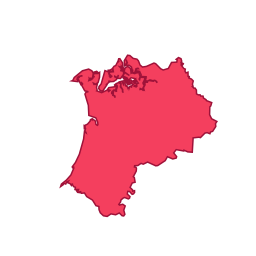 outline of Marcovia, Choluteca, Honduras, rotated 33°
{"feature_id": "27666195B6766243724539", "entity_name": "Marcovia", "entity_type": "district", "adm_level": 2, "iso_a3": "HND", "parent_name": "Honduras", "parent_adm1": "Choluteca", "projection": "albers", "projection_center": [-87.416, 13.249], "detail": "fine", "context": "isolated", "style": "filled", "palette": "rose", "viewbox_px": 256, "rotation_deg": 33, "n_neighbors": 0, "source": "geoboundaries", "source_scale": "gbopen_adm2", "svg_char_len": 5657}
<svg xmlns="http://www.w3.org/2000/svg" viewBox="0 0 256 256"><g transform="rotate(33 128 128)"><path d="M134.7,41.0L132.0,41.4L131.0,44.2L132.2,44.1L133.0,46.2L128.8,49.3L129.4,56.1L125.9,60.2L123.1,60.5L116.2,59.0L114.4,59.4L109.9,66.3L106.9,69.0L103.8,68.6L100.2,66.0L98.0,65.4L94.4,66.8L90.1,66.2L88.0,67.2L88.2,73.5L91.2,78.0L92.2,76.7L91.4,75.5L91.7,74.0L89.1,71.6L92.0,73.7L91.6,75.4L92.2,76.2L94.7,74.8L97.6,74.9L100.0,77.1L101.0,76.7L100.1,77.6L101.8,78.9L103.5,77.5L102.4,73.9L103.8,72.4L104.5,72.6L102.9,73.9L103.8,76.6L105.1,74.8L106.7,74.4L106.4,73.9L110.1,76.2L110.8,77.7L115.2,75.2L115.4,76.0L116.6,76.1L115.9,76.3L116.4,78.1L117.4,78.4L117.9,79.1L116.8,78.5L116.6,79.6L117.9,79.4L120.2,75.7L123.7,74.6L123.8,73.9L124.6,73.4L126.7,73.4L127.8,74.3L125.7,73.4L124.1,73.8L123.8,75.0L119.6,76.8L118.9,78.2L119.7,79.7L118.9,78.6L118.0,80.2L116.4,80.0L118.8,82.5L119.1,85.9L120.7,87.3L120.2,88.2L118.3,88.0L117.1,89.1L116.7,88.2L120.5,87.5L118.8,86.5L118.3,82.8L117.7,82.5L116.7,83.4L117.3,82.3L116.0,82.1L115.6,78.1L114.5,76.6L110.9,78.6L111.0,80.5L112.0,81.7L110.7,80.9L110.3,78.4L106.7,75.5L105.4,76.4L105.7,77.7L105.3,76.6L104.1,78.7L101.1,79.7L100.8,80.4L97.7,76.7L94.2,76.5L92.9,79.2L94.0,82.9L100.6,83.2L95.2,83.3L95.2,87.2L100.0,86.5L102.4,87.8L103.2,84.2L107.5,82.5L108.3,83.2L108.8,86.5L109.8,85.8L109.8,83.8L112.3,84.8L111.2,86.7L112.7,88.0L112.4,89.2L110.5,89.2L110.4,90.4L110.4,89.0L112.1,88.0L110.3,85.9L109.3,86.9L108.0,86.6L107.5,83.6L106.4,86.5L104.5,86.1L103.7,87.0L104.0,89.2L105.9,87.3L107.5,88.8L108.8,88.5L108.1,91.2L109.1,92.3L107.5,91.2L106.8,92.2L107.3,94.2L106.6,93.5L106.3,94.7L105.4,93.8L102.7,93.9L99.5,89.9L97.6,91.9L99.8,92.6L100.3,93.8L97.3,92.1L95.7,93.9L98.0,94.5L99.2,97.0L102.7,98.7L103.7,100.4L104.9,100.8L103.7,100.6L102.3,98.7L99.2,97.7L98.1,95.2L97.2,94.8L95.4,95.0L93.9,97.2L93.1,99.8L94.5,98.2L95.7,98.3L96.7,99.4L97.7,103.4L98.8,103.1L97.9,103.8L97.3,103.1L95.5,104.8L97.7,108.4L99.6,108.3L100.7,109.6L98.8,108.4L97.5,108.9L95.6,105.4L95.1,106.3L95.9,108.6L94.8,106.7L95.3,104.0L97.0,102.8L95.3,98.8L94.1,100.9L89.9,104.6L89.8,106.8L92.4,106.2L91.8,108.6L91.5,107.0L90.2,107.1L86.7,112.7L81.5,113.9L81.6,113.2L79.4,111.0L78.2,107.4L77.6,108.7L75.7,110.0L74.6,109.2L77.1,108.8L78.1,105.9L76.5,100.9L73.9,96.8L73.2,98.6L69.5,101.2L70.9,103.6L72.2,103.2L71.0,104.0L71.5,105.7L70.6,108.0L68.7,107.6L69.6,108.5L69.6,109.0L69.3,109.5L68.6,107.4L69.7,106.5L70.5,107.6L71.1,105.7L69.1,101.0L72.9,97.8L70.9,97.5L68.2,100.6L66.6,99.7L62.9,100.0L58.6,104.8L55.4,114.9L55.8,118.2L55.2,119.1L60.6,116.5L59.1,114.3L59.0,115.5L58.1,113.3L59.2,112.3L58.4,111.8L60.6,109.4L61.4,109.1L58.7,111.7L59.5,112.2L58.6,113.5L64.4,117.0L64.1,115.3L65.6,115.5L66.0,116.2L65.0,116.9L71.5,120.4L75.0,119.1L73.3,120.9L73.4,123.0L82.4,130.6L88.3,138.8L95.5,137.0L99.4,139.6L101.0,141.7L100.8,142.5L99.1,142.4L96.9,139.9L93.3,139.7L93.5,140.8L92.4,140.5L92.0,141.8L92.5,142.8L91.9,146.9L90.5,149.1L91.0,149.9L90.0,149.9L92.2,153.0L91.9,151.3L92.6,151.5L93.9,154.7L94.9,154.4L95.5,154.9L93.8,154.8L92.8,153.5L96.8,161.5L101.5,176.5L102.7,185.5L102.4,191.0L103.1,191.5L103.8,190.5L104.4,191.2L105.7,198.5L104.7,205.2L102.7,211.3L103.4,213.8L104.6,210.7L103.8,209.6L106.3,208.9L106.0,206.6L106.8,205.4L106.7,206.8L109.8,206.2L111.8,207.0L111.6,204.7L111.9,205.6L114.3,206.8L116.2,206.4L117.0,208.4L120.0,206.5L120.3,207.5L119.1,208.7L120.8,209.4L122.5,208.6L121.9,208.2L123.4,206.8L123.0,208.0L124.5,208.1L126.9,206.2L130.7,208.0L137.5,207.8L143.4,210.6L146.3,209.7L148.2,212.3L150.9,214.2L155.2,215.0L158.7,213.5L160.5,209.3L164.9,207.5L167.0,204.0L170.8,204.8L172.3,204.1L172.4,202.1L169.2,199.2L168.1,194.9L165.1,194.8L162.8,197.3L161.9,197.1L162.1,194.2L161.3,192.2L162.2,189.2L163.1,188.1L166.9,187.3L167.5,186.0L167.0,184.4L163.4,183.8L162.3,181.3L163.7,180.4L167.6,181.4L168.5,180.3L168.6,178.4L167.6,177.0L166.3,178.4L165.6,177.4L162.1,176.7L161.5,171.8L163.5,169.6L160.3,166.1L159.0,166.0L158.4,159.7L157.2,157.4L156.3,156.7L154.6,157.2L154.1,156.0L156.7,154.1L158.2,150.6L160.5,150.0L163.0,145.9L171.9,144.6L173.4,143.3L177.0,135.1L176.7,130.6L182.4,129.6L184.8,127.0L184.4,125.5L179.9,124.0L180.2,119.9L187.3,116.9L187.0,116.1L191.1,115.5L195.1,113.3L188.0,100.8L192.5,97.1L194.0,96.6L195.3,90.4L196.9,88.8L199.8,88.2L199.4,86.4L200.8,84.7L200.8,78.9L199.0,76.7L199.0,74.1L193.1,74.7L189.2,72.4L185.1,65.7L185.4,64.4L184.4,61.1L178.8,62.3L178.0,61.7L175.0,61.8L173.6,60.4L171.5,61.6L170.4,60.9L169.0,61.9L166.9,62.1L164.7,58.9L162.4,58.0L161.6,58.7L159.4,58.2L159.8,57.6L158.2,56.2L157.1,53.0L154.6,52.4L151.8,52.9L151.3,52.0L151.9,51.2L150.3,52.0L147.9,48.5L146.6,50.2L144.8,49.3L144.0,47.4L142.3,47.7L139.3,46.6L139.4,45.3L138.5,45.0L138.1,45.8L137.7,45.1L140.0,43.9L136.7,44.0L136.7,42.7L134.7,41.0ZM83.2,77.5L83.7,82.3L82.7,83.8L82.5,86.9L81.5,89.1L79.9,90.4L80.6,91.3L84.0,89.0L83.6,87.1L85.1,88.8L82.3,91.0L82.4,92.7L86.2,93.5L85.9,94.8L85.2,95.8L85.7,93.8L83.5,94.9L84.8,94.0L82.3,93.0L81.9,91.5L77.4,92.4L81.5,105.6L81.1,109.0L82.0,110.9L84.1,111.7L85.8,111.3L86.7,110.1L86.8,103.1L86.2,103.1L87.3,99.6L85.9,98.9L87.4,99.0L87.9,98.0L87.7,99.0L90.6,96.8L92.0,93.6L91.3,92.1L89.0,92.3L88.7,91.8L91.4,91.5L91.1,88.7L92.2,92.1L94.8,90.6L95.0,85.2L93.2,82.9L90.1,84.1L93.0,82.6L93.0,80.1L89.3,79.8L91.5,81.4L91.5,82.5L90.9,83.0L89.7,81.8L87.5,81.2L88.4,80.9L91.2,82.5L91.1,81.5L89.0,80.1L89.7,78.9L87.8,76.3L83.4,74.3L82.5,75.0L83.0,76.6L83.9,76.9L83.9,77.6L83.2,77.5ZM97.7,89.1L99.7,88.6L101.2,89.6L101.9,89.0L102.5,89.9L101.5,90.2L103.1,91.5L103.4,90.6L104.0,90.8L103.9,92.4L106.2,89.6L105.6,88.9L103.9,89.5L103.2,87.9L100.8,88.3L99.4,87.3L96.0,88.3L97.7,89.1Z" fill="#f43f5e" stroke="#9f1239" stroke-width="1.5"/></g></svg>